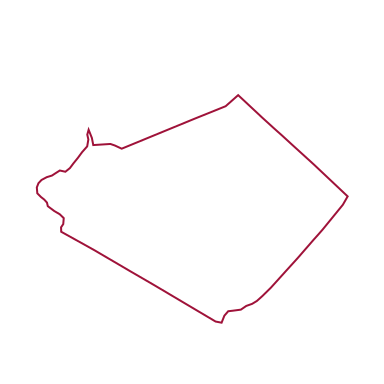 Teotônio Vilela, Alagoas, Brazil (Albers equal-area conic projection), rotated 34°
{"feature_id": "56859067B15562417941436", "entity_name": "Teotônio Vilela", "entity_type": "district", "adm_level": 2, "iso_a3": "BRA", "parent_name": "Brazil", "parent_adm1": "Alagoas", "projection": "albers", "projection_center": [-36.399, -9.958], "detail": "fine", "context": "isolated", "style": "outline", "palette": "rose", "viewbox_px": 384, "rotation_deg": 34, "n_neighbors": 0, "source": "geoboundaries", "source_scale": "gbopen_adm2", "svg_char_len": 924}
<svg xmlns="http://www.w3.org/2000/svg" viewBox="0 0 384 384"><g transform="rotate(34 192 192)"><path d="M277.9,101.1L247.0,96.6L235.0,94.8L228.2,93.9L223.2,93.2L207.5,90.9L196.3,89.1L176.1,85.9L171.9,102.1L153.5,129.3L150.9,133.2L109.5,195.4L102.0,196.6L97.5,197.8L83.9,208.3L78.8,203.2L71.5,198.2L73.1,203.0L76.7,206.4L79.6,212.8L78.6,220.4L78.3,227.7L77.7,234.5L77.4,240.5L75.7,246.0L70.4,248.1L68.3,252.9L66.7,256.7L63.3,260.9L60.5,266.2L59.8,270.6L60.8,275.0L64.5,279.6L69.6,280.6L73.7,280.9L77.7,281.9L80.4,284.4L88.5,284.8L94.8,284.4L100.3,285.4L103.2,290.6L103.2,294.5L105.8,298.1L144.1,294.8L150.7,294.4L185.5,292.2L213.6,290.3L284.0,286.2L289.6,283.8L288.0,276.4L288.7,270.6L292.2,267.6L298.3,262.2L300.7,256.1L304.4,251.1L306.7,246.1L308.5,239.0L310.9,227.2L314.2,204.0L316.6,187.4L319.5,163.7L320.5,156.5L321.3,150.1L324.2,118.2L323.5,108.6L277.9,101.1Z" fill="none" stroke="#9f1239" stroke-width="2"/></g></svg>